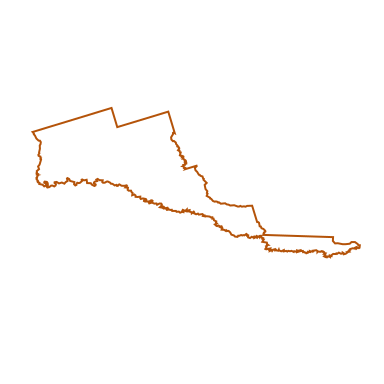 San Diego, Cesar, Colombia (Equal Earth projection), rotated 253°
{"feature_id": "7082276B78047797507683", "entity_name": "San Diego", "entity_type": "district", "adm_level": 2, "iso_a3": "COL", "parent_name": "Colombia", "parent_adm1": "Cesar", "projection": "equal_earth", "projection_center": [-73.366, 10.112], "detail": "fine", "context": "isolated", "style": "outline", "palette": "amber", "viewbox_px": 384, "rotation_deg": 253, "n_neighbors": 0, "source": "geoboundaries", "source_scale": "gbopen_adm2", "svg_char_len": 6002}
<svg xmlns="http://www.w3.org/2000/svg" viewBox="0 0 384 384"><g transform="rotate(253 192 192)"><path d="M244.3,48.3L242.6,51.3L240.6,52.3L241.0,54.2L242.4,55.1L244.1,53.4L244.6,53.6L245.0,54.1L244.5,55.3L244.0,56.2L242.6,56.6L240.4,56.1L239.3,54.7L238.6,55.0L238.4,56.9L239.3,59.2L238.9,60.5L237.6,61.9L238.1,63.4L239.3,64.2L240.9,63.2L241.5,63.5L241.2,65.5L239.1,67.3L239.1,70.3L237.3,72.4L238.4,74.1L238.9,76.2L241.5,76.4L241.7,77.0L240.4,78.3L238.2,78.7L235.9,82.4L233.9,81.5L232.4,82.3L232.6,83.6L233.8,84.1L234.4,85.0L233.6,86.3L233.6,87.7L234.7,90.1L235.9,90.0L236.1,90.6L234.7,92.2L234.5,94.8L231.2,94.3L230.0,97.8L228.4,98.3L226.3,100.4L226.5,101.6L227.4,102.1L229.1,100.7L229.8,101.1L230.3,102.1L230.2,104.4L231.8,104.1L232.1,105.6L230.4,106.9L229.3,110.0L227.8,109.1L226.9,109.6L226.4,111.3L226.9,113.5L226.7,114.5L224.8,116.5L223.7,116.8L223.0,118.4L220.9,120.0L220.9,121.8L219.7,122.1L219.6,123.0L220.4,123.8L220.5,124.8L218.6,126.4L217.7,129.0L217.5,131.4L216.9,131.6L215.8,129.7L214.8,132.0L212.9,131.1L211.8,131.8L211.1,134.1L209.5,134.2L208.6,134.9L206.4,133.9L206.5,136.1L205.2,137.0L203.9,136.6L203.1,138.6L202.7,141.2L201.1,140.7L200.3,141.0L200.2,143.2L198.8,145.8L198.0,146.0L197.6,144.6L197.8,143.6L197.4,143.4L196.6,144.3L195.8,147.3L193.6,147.8L193.6,149.7L195.6,149.0L196.0,150.5L195.7,151.3L195.1,151.7L193.6,150.6L191.9,152.6L191.4,154.7L190.0,154.9L190.5,157.5L189.9,159.2L188.9,159.5L188.0,158.8L186.8,159.7L186.7,159.1L187.3,157.8L186.8,156.9L186.0,158.4L186.2,160.6L185.4,161.0L184.9,159.7L184.4,160.1L184.1,164.0L183.4,164.2L182.7,162.6L182.2,162.8L182.0,165.0L181.2,165.9L180.9,167.5L179.7,167.5L178.6,171.1L177.6,171.4L177.1,173.7L175.7,174.6L175.9,176.8L175.2,178.0L175.9,178.3L176.9,177.3L177.6,178.0L175.9,180.0L176.8,181.9L175.0,181.3L174.7,182.1L175.5,183.5L175.4,184.4L174.0,183.8L172.8,185.7L171.7,185.5L172.7,187.9L171.9,188.2L171.1,187.6L169.5,189.4L169.6,191.4L168.4,191.9L167.8,195.6L166.7,196.1L165.9,195.4L165.5,196.2L165.8,197.3L164.7,197.5L164.6,198.8L163.3,201.8L162.3,202.4L161.9,204.0L160.6,203.6L160.3,204.8L158.5,204.8L156.8,206.6L155.8,206.0L154.6,206.6L154.3,204.4L152.4,205.5L152.0,206.1L152.2,207.6L150.9,208.5L150.6,210.2L150.0,210.3L149.9,208.9L148.4,210.4L147.3,209.4L146.4,211.7L144.8,213.0L145.4,213.6L144.4,214.3L144.1,215.6L142.2,216.7L139.7,217.2L138.2,219.4L136.8,220.1L135.8,222.4L136.7,223.4L136.3,224.4L136.5,226.4L135.7,227.4L135.8,228.4L135.2,229.4L136.0,231.7L135.1,232.3L135.0,231.5L134.1,231.7L133.9,233.0L132.2,232.4L131.0,234.0L131.7,236.1L130.6,237.2L131.3,238.5L131.0,238.9L129.9,238.4L130.2,240.0L129.2,240.8L129.9,241.5L130.8,240.3L131.1,241.0L129.7,242.0L130.1,243.2L128.9,243.5L130.1,244.5L130.0,245.1L127.9,245.4L127.2,246.4L126.6,245.7L125.7,246.8L123.8,244.7L121.7,248.8L120.0,248.6L119.1,249.3L119.3,248.1L118.7,247.9L118.5,247.0L117.7,247.3L116.1,245.5L115.5,246.2L115.4,248.1L114.3,248.6L114.6,249.2L115.2,249.2L115.1,250.5L112.9,249.2L113.2,251.2L112.2,251.4L113.1,252.7L113.1,254.0L112.0,254.3L112.7,255.2L111.4,255.8L110.6,257.4L111.5,258.2L110.7,258.2L109.2,260.0L109.6,262.8L108.4,262.4L108.1,264.9L107.2,265.7L107.6,266.8L106.7,268.4L106.6,270.0L104.9,271.8L105.5,272.4L104.8,273.6L104.9,274.6L104.0,274.6L104.4,275.7L105.2,275.7L104.7,276.4L103.8,276.1L103.8,277.2L104.7,277.2L104.6,278.8L103.8,278.5L103.2,280.8L102.0,280.6L101.6,282.1L100.8,282.5L100.6,283.4L100.0,283.5L100.1,285.3L100.9,285.5L100.1,287.3L101.0,287.5L100.2,288.4L100.2,289.7L99.6,290.1L100.0,291.0L99.6,291.7L100.4,291.2L100.0,293.8L98.9,294.7L97.9,294.4L98.3,295.1L97.3,297.1L97.6,298.6L97.1,299.6L96.6,299.4L96.1,300.6L95.0,301.1L94.4,300.3L94.1,301.6L93.3,300.7L92.6,301.1L91.9,299.5L90.7,300.7L90.7,301.7L90.1,302.0L90.7,303.1L90.0,304.3L90.8,304.8L89.7,305.3L90.6,305.7L90.0,306.7L90.8,306.9L91.5,308.9L90.7,311.2L91.1,312.0L90.4,312.5L91.1,314.7L89.4,316.4L89.2,317.9L90.1,318.3L88.9,319.3L88.1,319.1L88.0,320.9L88.7,322.9L89.2,322.7L88.9,325.1L89.8,324.7L90.0,325.8L90.4,324.5L90.4,326.4L91.2,326.6L91.2,329.2L89.8,332.1L90.2,332.8L91.1,332.1L91.3,333.2L90.8,333.6L90.0,333.3L90.4,334.3L89.5,335.2L89.7,335.9L92.0,336.9L92.5,335.5L93.7,335.3L96.5,333.2L97.5,329.9L96.4,327.7L97.2,323.6L98.0,320.9L100.4,316.4L101.0,313.8L104.0,312.4L107.6,313.7L130.1,247.7L130.7,248.6L131.2,248.2L132.2,248.9L132.7,250.6L133.5,250.7L135.8,249.5L137.0,247.9L138.9,247.7L139.4,246.7L142.9,247.1L143.8,246.6L144.2,245.5L161.3,245.5L162.6,240.6L162.3,238.9L163.1,237.5L163.4,235.4L164.6,234.1L164.3,233.2L164.6,231.7L167.0,228.5L167.9,224.6L169.2,223.3L170.0,221.6L171.5,220.4L172.4,216.1L174.1,214.9L174.2,213.9L175.0,213.7L176.0,212.1L176.1,210.9L177.3,209.4L179.8,208.4L180.4,207.5L181.2,207.6L184.0,204.9L185.9,206.4L186.7,205.9L188.3,206.9L190.9,205.8L195.1,206.2L196.4,208.7L200.3,206.6L201.1,207.1L201.6,206.6L203.8,206.6L205.0,204.8L206.1,204.4L206.5,203.6L209.8,202.8L211.7,201.7L214.2,201.8L215.3,204.0L215.8,204.0L215.8,192.5L216.0,192.8L216.9,191.7L217.2,192.4L218.3,191.3L219.3,191.5L219.5,190.9L219.8,191.7L220.4,191.7L220.1,193.2L220.7,193.4L220.8,194.4L221.5,194.1L221.6,195.1L223.3,195.2L223.4,194.1L224.5,194.7L224.9,194.0L226.5,193.6L226.6,192.9L227.7,193.8L227.9,193.2L228.4,193.5L228.4,192.7L229.2,193.3L229.7,192.8L229.6,192.1L230.6,191.1L232.9,192.6L233.0,192.1L234.6,192.1L235.7,191.1L235.9,191.9L236.7,191.5L237.6,192.6L238.9,192.3L239.8,191.3L240.3,191.8L242.7,190.8L244.0,191.0L246.1,189.6L246.2,188.6L248.2,187.6L250.4,188.0L252.8,190.7L254.1,191.1L254.3,191.7L253.3,192.7L275.8,192.8L275.9,139.5L295.9,139.6L296.0,57.1L294.1,57.9L293.4,57.6L292.0,58.3L288.7,58.8L286.0,60.3L285.5,61.6L283.9,62.0L282.0,61.1L281.0,60.0L277.8,59.2L274.5,57.3L273.7,57.4L272.4,55.9L271.4,55.9L270.2,57.4L268.8,57.0L268.5,57.4L267.7,56.7L267.1,57.1L262.7,54.2L261.4,52.3L258.6,52.4L257.4,49.7L255.8,49.4L255.5,48.8L254.4,48.8L254.2,49.5L253.8,49.0L253.4,49.6L253.4,49.2L252.9,49.5L251.1,47.5L250.8,47.9L249.4,47.1L248.0,47.9L246.7,48.0L246.7,47.4L246.3,47.5L245.3,48.8L244.3,48.3Z" fill="none" stroke="#b45309" stroke-width="2"/></g></svg>